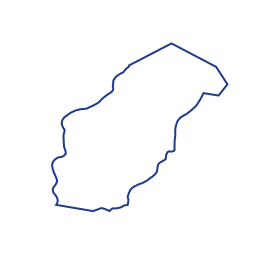 Obrier, Laborie, Saint Lucia (Natural Earth projection), rotated 224°
{"feature_id": "8701671B40447391578275", "entity_name": "Obrier", "entity_type": "district", "adm_level": 2, "iso_a3": "LCA", "parent_name": "Saint Lucia", "parent_adm1": "Laborie", "projection": "natural_earth1", "projection_center": [-60.973, 13.769], "detail": "fine", "context": "isolated", "style": "outline", "palette": "blue", "viewbox_px": 256, "rotation_deg": 224, "n_neighbors": 0, "source": "geoboundaries", "source_scale": "gbopen_adm2", "svg_char_len": 2865}
<svg xmlns="http://www.w3.org/2000/svg" viewBox="0 0 256 256"><g transform="rotate(224 128 128)"><path d="M85.4,214.3L86.8,228.5L107.0,233.2L111.5,231.9L155.5,219.0L170.7,173.8L170.3,173.2L170.0,172.4L170.1,171.8L170.3,171.0L170.5,169.9L170.4,168.9L170.4,168.0L170.3,167.1L170.3,166.5L170.2,165.8L170.1,165.1L170.2,164.5L170.4,163.7L170.7,163.1L171.0,162.5L171.3,161.3L171.6,160.2L171.7,159.5L171.9,158.8L172.1,158.0L172.1,157.2L172.2,156.8L172.2,155.9L172.1,155.3L172.0,154.8L171.9,154.1L171.8,153.3L171.7,152.8L171.4,152.0L171.3,151.7L170.9,151.1L170.3,150.6L169.8,150.2L169.3,149.3L169.0,148.7L168.5,148.1L167.7,147.3L167.1,146.9L166.5,146.5L166.2,146.3L165.6,145.7L165.3,145.0L165.1,144.4L165.0,143.6L164.9,143.1L164.9,142.2L165.0,141.7L165.2,140.5L165.4,139.8L165.7,138.7L165.9,137.7L166.2,136.3L166.3,135.7L166.4,134.8L166.6,133.5L166.7,132.2L166.8,131.4L166.9,130.4L166.9,129.3L166.8,128.3L166.8,127.6L166.9,126.0L167.0,125.6L167.4,124.0L167.8,122.6L168.8,119.6L170.5,115.3L170.6,114.9L170.9,114.0L171.2,113.4L171.5,112.9L171.8,112.6L172.1,112.1L172.6,111.5L173.0,111.1L173.6,110.4L174.2,109.7L174.5,109.3L175.3,108.5L176.3,106.7L177.7,104.6L178.9,101.6L179.6,99.9L180.3,96.8L181.2,91.6L180.9,88.8L180.2,87.0L178.6,85.0L177.7,84.5L176.4,83.7L174.0,82.9L172.5,82.8L171.4,81.5L169.9,78.9L169.0,77.6L164.2,73.0L162.2,71.2L160.9,70.0L159.1,69.1L156.9,68.0L154.8,66.2L154.9,63.2L155.5,61.4L156.4,60.1L157.5,58.8L158.0,57.8L158.6,55.1L158.6,53.2L158.4,51.4L157.7,49.8L156.5,48.3L154.0,46.4L151.5,45.0L150.7,44.6L149.6,44.2L148.7,43.8L147.7,43.5L144.9,42.2L143.1,41.4L142.1,40.4L141.5,39.4L140.7,36.9L140.7,36.3L140.4,33.9L140.0,32.4L139.2,31.3L137.7,30.2L136.5,29.7L136.0,29.6L134.5,29.4L132.9,29.2L131.8,28.9L130.5,28.4L129.0,27.7L128.1,27.0L127.6,26.3L126.6,24.3L126.3,22.8L95.2,44.1L94.6,45.7L94.0,46.8L93.3,48.2L92.6,49.7L91.9,51.2L91.5,51.9L90.9,52.3L90.0,52.9L89.0,53.4L87.5,54.0L86.0,54.6L84.9,55.0L84.4,55.0L83.6,55.1L83.5,54.9L83.6,56.6L83.5,58.1L83.3,59.3L82.9,59.9L82.3,60.4L81.2,61.4L80.0,62.9L78.6,64.9L78.0,66.1L77.6,67.2L77.3,68.6L76.9,69.6L76.4,70.4L75.7,71.3L75.2,72.0L75.0,72.3L74.8,72.5L75.4,73.3L76.0,74.3L76.8,75.4L78.0,76.8L78.5,77.1L79.5,77.6L79.9,77.8L80.4,78.4L81.0,79.4L81.5,80.3L81.9,81.1L82.4,82.3L82.9,83.9L83.2,84.5L83.4,86.0L83.4,87.4L83.2,88.7L82.8,90.2L82.5,91.2L81.9,92.8L81.5,94.1L81.0,95.3L80.4,96.5L79.8,97.6L79.4,98.4L79.2,99.0L78.9,99.9L78.6,100.9L78.0,103.0L77.6,104.6L77.5,105.6L77.2,107.8L77.1,108.3L76.7,109.4L76.4,114.1L76.8,116.6L79.6,120.5L81.0,122.8L81.1,125.0L80.1,128.2L79.5,130.1L79.5,132.1L81.8,135.1L82.8,138.1L82.4,139.5L80.2,141.3L79.2,143.2L79.3,144.6L81.4,146.7L84.7,150.3L86.1,151.8L88.7,155.4L92.0,158.7L94.0,161.1L95.9,164.5L97.2,167.4L97.6,171.7L96.4,176.5L95.6,178.8L94.9,183.7L94.5,188.8L94.5,192.1L95.9,198.9L96.8,202.2L97.9,205.5L85.4,214.3Z" fill="none" stroke="#1e3a8a" stroke-width="2"/></g></svg>